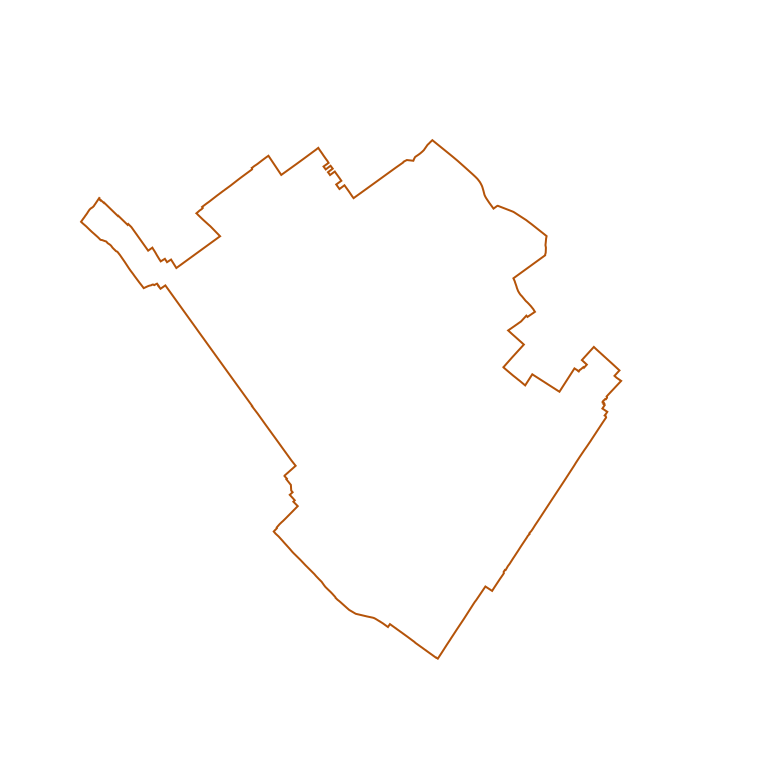 Delft, Zuid-Holland, Netherlands (Albers equal-area conic projection), rotated 159°
{"feature_id": "6326949B20459487982464", "entity_name": "Delft", "entity_type": "district", "adm_level": 2, "iso_a3": "NLD", "parent_name": "Netherlands", "parent_adm1": "Zuid-Holland", "projection": "albers", "projection_center": [4.365, 51.999], "detail": "fine", "context": "isolated", "style": "outline", "palette": "amber", "viewbox_px": 768, "rotation_deg": 159, "n_neighbors": 0, "source": "geoboundaries", "source_scale": "gbopen_adm2", "svg_char_len": 6046}
<svg xmlns="http://www.w3.org/2000/svg" viewBox="0 0 768 768"><g transform="rotate(159 384 384)"><path d="M608.7,644.0L607.8,642.1L607.0,640.6L605.5,637.8L603.4,633.2L602.3,630.9L598.7,624.0L598.0,622.5L597.1,620.4L596.9,620.2L596.7,620.0L595.6,619.4L594.9,618.8L593.9,617.9L592.4,616.7L592.2,616.5L592.1,616.2L591.5,614.5L590.0,612.4L589.5,611.5L589.2,610.8L588.6,608.6L588.4,608.1L587.7,606.5L587.3,605.7L587.0,605.0L586.6,604.1L585.5,603.0L584.3,599.1L582.3,590.9L580.7,583.5L579.9,580.3L578.9,576.9L578.1,573.8L577.7,572.4L576.1,566.7L575.4,564.4L575.0,563.1L574.4,561.1L574.0,559.6L569.6,559.9L569.2,559.9L568.5,559.9L568.0,559.9L566.5,559.7L566.0,559.6L565.8,559.6L565.2,559.7L564.8,559.8L564.4,559.7L564.2,559.7L563.9,559.6L563.7,559.4L563.5,559.2L563.3,558.8L563.0,558.6L562.1,558.8L561.3,558.9L560.4,559.0L559.9,559.0L559.2,556.2L559.5,556.2L558.5,553.0L552.8,554.4L539.3,503.0L538.4,499.5L525.8,451.7L514.9,410.6L515.2,410.5L512.6,401.7L509.2,388.6L505.9,376.2L505.0,372.9L502.1,361.9L497.8,345.7L495.8,339.3L509.7,334.1L509.9,333.8L508.6,330.4L509.3,330.1L507.5,324.4L507.2,323.5L507.1,323.2L508.8,317.8L508.1,315.7L511.7,314.3L509.0,307.4L510.8,306.6L508.3,300.9L512.9,298.8L524.6,293.5L527.6,292.2L529.0,291.7L530.4,291.1L531.8,290.5L535.6,288.5L535.6,287.8L537.4,286.9L538.2,286.6L539.8,285.8L539.2,284.1L538.9,283.2L538.3,282.0L537.0,279.4L536.2,277.3L534.8,273.7L534.2,272.0L531.0,263.7L529.7,260.0L529.3,259.1L529.2,258.8L525.1,249.8L522.3,243.0L520.1,238.1L517.1,231.4L516.8,230.5L516.3,229.1L514.8,225.5L513.5,222.6L513.1,221.7L512.2,218.1L511.5,215.7L510.2,212.8L508.3,208.8L507.3,206.4L505.9,202.7L505.7,201.7L505.8,201.6L504.6,199.0L504.0,198.1L503.0,196.3L498.8,188.1L497.5,185.6L494.8,182.2L492.9,179.8L492.6,179.5L489.2,177.2L483.2,173.1L478.1,169.8L477.5,169.3L477.2,169.1L477.0,168.8L476.3,168.1L471.9,162.4L470.8,160.9L467.4,155.7L464.5,157.7L452.6,139.5L447.8,131.9L447.6,131.3L433.5,109.8L433.3,109.9L432.2,108.3L426.2,112.6L419.0,117.9L413.4,121.9L412.8,122.4L412.5,122.6L409.0,125.1L404.3,128.5L393.7,136.0L381.2,145.2L379.3,146.6L377.2,148.1L375.5,149.1L361.9,158.6L357.2,152.1L353.8,154.6L345.4,160.6L341.4,163.3L339.9,164.4L339.7,165.6L339.4,165.9L337.7,167.1L337.2,166.7L335.9,167.7L333.6,169.6L331.3,171.0L325.6,175.2L324.3,176.1L322.1,177.7L318.2,180.5L317.0,181.4L314.0,183.6L309.9,186.5L306.8,188.7L305.5,189.6L304.3,190.6L303.1,191.2L301.8,191.8L301.9,192.5L300.7,193.2L299.4,193.8L297.2,195.3L293.6,198.0L289.2,201.1L268.8,215.8L250.1,229.2L235.4,239.9L233.2,241.6L230.3,243.7L228.5,245.0L227.4,245.8L220.1,250.9L218.7,251.8L211.2,257.0L210.7,257.4L193.7,269.6L189.3,272.7L188.7,273.0L188.5,274.4L189.3,275.5L188.2,276.2L187.6,276.5L185.5,278.0L188.9,282.8L186.4,284.6L185.5,285.2L186.2,286.4L185.5,286.8L186.3,287.9L185.7,288.2L186.3,289.0L185.2,289.8L183.6,290.3L182.9,290.7L182.6,290.3L182.3,290.2L181.9,290.5L180.9,291.1L180.6,291.5L180.5,292.3L180.6,292.6L177.8,294.0L161.5,301.9L164.7,306.6L165.9,309.0L159.3,312.3L163.1,320.0L173.3,340.2L174.8,343.4L190.7,335.4L187.7,329.4L191.5,327.5L191.8,328.3L195.3,327.1L196.2,327.0L197.7,325.9L197.9,326.2L197.7,326.3L200.6,330.3L223.0,313.9L242.1,339.9L252.7,332.1L256.2,338.4L256.6,339.1L256.9,339.5L258.1,341.6L258.5,342.3L260.4,345.5L264.2,352.4L266.3,356.3L266.2,356.4L266.5,356.9L266.4,357.0L266.2,357.0L262.4,359.0L254.7,363.0L248.7,366.0L243.5,368.6L239.3,370.7L240.4,372.9L246.4,384.5L248.9,389.5L233.6,393.3L226.6,396.8L226.0,395.2L217.2,397.3L217.6,399.0L217.7,400.0L218.3,401.9L218.6,402.8L218.8,403.7L218.9,403.8L220.1,406.9L220.4,407.6L221.0,409.0L221.6,410.1L222.1,411.3L223.6,415.9L223.8,416.5L224.5,418.1L224.8,419.1L225.1,420.4L225.5,422.8L225.5,423.3L225.5,426.5L225.4,426.8L225.3,428.9L225.2,432.5L225.1,432.8L225.3,436.3L217.1,438.5L187.5,446.4L187.5,446.6L186.0,448.6L184.0,453.2L183.5,455.8L182.0,458.7L180.6,461.6L179.2,463.8L189.0,480.4L190.9,483.4L191.7,484.7L192.4,485.9L201.0,497.7L201.6,498.4L202.2,499.0L213.9,509.6L214.6,509.6L214.9,509.6L215.9,509.3L218.9,508.5L220.8,515.5L222.0,520.8L222.3,522.8L222.4,524.7L221.9,528.9L221.6,532.5L221.6,534.1L221.8,536.1L222.1,538.1L222.7,540.2L223.3,542.1L224.4,544.6L225.9,547.7L230.9,557.5L235.3,566.0L238.3,571.4L241.1,576.3L251.5,594.3L254.8,592.9L255.8,592.4L257.1,591.9L257.6,591.7L262.2,588.6L262.9,588.1L263.6,587.8L265.0,587.2L266.2,586.8L267.2,586.4L269.3,585.8L273.2,584.9L273.5,584.8L273.8,584.6L274.4,584.1L275.2,583.4L276.6,581.9L282.4,584.9L285.2,584.6L286.1,584.5L286.5,584.0L295.3,581.8L300.2,580.5L305.5,579.1L319.4,575.4L343.6,569.0L345.8,568.4L346.4,570.5L347.7,576.1L349.7,583.7L355.7,582.0L357.1,587.4L351.0,589.0L351.8,592.3L352.1,593.4L352.7,595.7L353.3,597.9L353.8,600.0L359.5,598.4L359.8,599.6L360.1,600.8L360.4,601.8L358.4,602.4L354.7,603.4L355.7,606.9L361.5,605.2L362.5,608.7L356.5,610.3L357.0,613.0L357.2,613.5L357.6,615.0L358.7,619.3L358.9,620.3L359.7,623.6L360.0,624.7L360.5,626.8L360.7,628.0L361.1,627.9L363.3,627.2L378.2,623.1L386.7,620.8L405.0,616.0L410.1,638.5L412.9,637.8L418.2,636.3L423.2,634.8L425.3,634.3L426.8,634.0L429.8,633.1L430.0,633.1L430.0,632.7L429.9,632.5L430.0,632.1L430.1,631.8L430.3,631.7L430.5,631.6L443.6,628.0L448.0,626.7L456.2,624.2L465.1,621.8L472.5,619.7L482.1,616.8L485.2,616.0L490.4,614.5L490.1,613.3L490.8,613.0L491.5,612.6L492.0,612.5L494.1,612.0L495.1,611.6L496.5,611.1L497.9,610.6L497.7,610.3L497.5,609.7L496.9,608.3L495.5,605.3L494.0,602.1L490.8,595.8L489.6,593.5L488.5,591.0L484.1,580.7L536.3,566.7L538.2,576.5L542.9,575.5L543.7,579.4L548.5,578.5L549.1,581.3L549.9,585.7L550.3,588.5L550.8,591.2L551.1,592.4L551.4,594.3L556.4,593.0L563.6,621.0L565.4,625.0L566.3,624.4L571.8,636.3L572.2,636.1L580.3,653.6L580.6,653.4L582.4,657.0L582.8,656.8L583.7,658.6L583.0,659.4L583.2,659.7L588.3,656.1L589.9,655.0L590.4,654.7L590.6,654.5L590.8,654.3L591.2,654.1L591.6,653.9L591.8,653.8L592.2,653.6L593.3,653.3L594.1,653.1L594.9,653.0L595.1,652.9L595.7,652.6L596.3,652.4L597.9,651.3L599.0,650.5L600.3,649.5L601.0,649.1L601.5,648.7L602.1,648.4L603.8,647.2L606.0,645.8L608.7,644.0Z" fill="none" stroke="#b45309" stroke-width="2"/></g></svg>